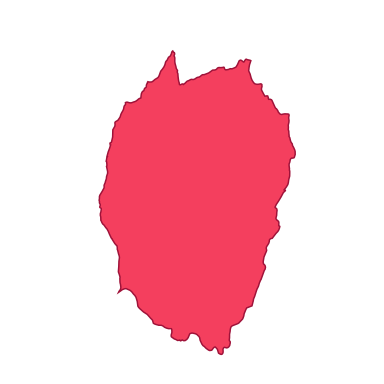 San Antonio Del Tequendama, Cundinamarca, Colombia (Equal Earth projection), rotated 21°
{"feature_id": "7082276B32328696535418", "entity_name": "San Antonio Del Tequendama", "entity_type": "district", "adm_level": 2, "iso_a3": "COL", "parent_name": "Colombia", "parent_adm1": "Cundinamarca", "projection": "equal_earth", "projection_center": [-74.349, 4.601], "detail": "fine", "context": "isolated", "style": "filled", "palette": "rose", "viewbox_px": 384, "rotation_deg": 21, "n_neighbors": 0, "source": "geoboundaries", "source_scale": "gbopen_adm2", "svg_char_len": 5992}
<svg xmlns="http://www.w3.org/2000/svg" viewBox="0 0 384 384"><g transform="rotate(21 192 192)"><path d="M276.4,139.1L275.7,137.3L275.1,136.7L274.6,135.2L273.2,132.6L272.6,131.0L272.6,129.1L272.1,126.4L272.5,125.1L273.1,124.5L273.9,124.3L275.0,123.4L275.1,122.8L274.9,120.0L273.8,117.3L272.9,116.0L270.9,114.0L269.1,112.5L268.4,111.2L266.5,109.9L265.4,108.6L263.8,106.2L262.7,105.4L262.4,104.4L261.5,102.7L260.6,100.6L259.5,99.2L258.8,97.0L257.9,95.1L257.5,92.3L257.0,90.6L255.6,88.0L255.1,85.4L254.4,84.7L253.6,84.8L250.6,85.8L249.0,86.7L248.0,87.5L246.8,87.7L245.9,87.5L243.9,86.4L242.9,85.3L241.1,84.1L239.8,83.7L238.6,82.6L233.9,77.9L233.1,77.4L231.7,77.4L230.4,78.0L229.8,77.5L229.7,77.0L229.4,76.5L228.8,75.9L228.4,75.3L227.6,75.3L226.9,75.8L225.7,76.4L223.9,75.0L220.3,71.8L219.7,70.2L219.6,68.6L218.7,66.6L217.9,66.3L217.0,66.6L215.8,67.4L214.0,68.2L212.2,68.5L210.4,67.9L208.1,66.2L206.3,64.3L204.0,61.1L201.5,58.6L200.6,55.2L200.1,52.5L199.9,48.3L199.1,48.2L196.5,48.6L194.9,48.6L194.4,49.4L194.1,50.7L194.0,51.8L193.4,52.2L192.3,51.8L190.7,51.4L189.8,51.6L189.0,52.7L188.8,56.8L188.3,59.5L187.4,60.6L185.6,62.3L184.9,62.8L183.7,63.1L182.9,63.7L182.2,64.5L180.1,65.7L179.3,65.9L178.5,65.5L178.0,65.1L177.7,64.5L177.2,64.1L176.9,64.1L176.2,64.6L174.5,65.5L172.4,66.2L171.4,67.1L171.0,68.3L170.4,69.3L168.8,70.4L168.1,70.5L167.5,70.9L164.9,74.9L161.3,78.1L160.0,78.6L159.2,79.4L158.1,81.4L157.4,82.2L156.6,82.6L155.5,83.5L154.2,85.4L153.3,86.3L152.1,86.8L150.9,87.1L150.0,88.0L149.0,89.2L147.9,90.1L147.5,90.7L146.5,93.0L145.4,94.7L144.7,94.4L143.7,95.0L142.7,96.1L141.9,96.2L141.4,95.7L141.1,94.9L140.0,93.5L139.2,92.2L137.6,89.2L136.4,86.6L135.5,85.7L135.1,85.0L135.1,84.2L134.8,83.6L133.9,83.0L132.9,82.1L132.2,80.9L130.0,77.9L129.1,76.2L128.0,73.2L127.5,72.3L126.6,71.5L126.4,70.8L126.4,69.6L126.2,69.0L125.6,68.2L124.6,68.1L123.5,67.2L123.3,67.5L123.0,68.4L123.0,69.1L123.2,70.5L123.0,72.6L122.7,73.4L121.8,74.6L121.5,77.9L121.0,79.0L120.8,80.1L120.9,81.1L121.1,82.6L121.0,85.1L120.4,87.7L119.5,90.5L119.6,95.2L119.4,96.8L119.0,97.7L117.1,100.2L115.8,102.6L115.2,103.4L114.6,103.9L112.2,104.8L111.3,104.8L111.1,105.6L111.4,106.7L111.1,107.1L111.1,108.0L111.1,108.6L111.5,109.6L111.6,110.7L111.4,111.2L110.9,111.7L110.6,112.5L110.7,114.7L110.5,115.0L109.9,115.6L109.6,116.6L109.5,118.3L109.8,119.7L110.4,122.0L110.5,122.7L109.3,123.6L108.6,124.7L108.1,125.7L107.2,127.1L106.5,127.9L105.1,129.0L104.0,130.0L103.0,130.7L101.6,131.1L99.4,131.3L98.5,131.7L97.8,132.4L98.1,133.0L98.4,133.5L98.5,134.4L98.1,135.3L97.9,136.2L98.4,139.3L98.3,141.0L97.9,143.5L97.8,145.0L98.0,147.5L97.8,148.8L97.1,151.6L95.8,153.3L95.3,153.9L95.2,155.0L96.0,156.6L96.4,158.3L95.8,162.3L98.2,169.1L98.8,173.2L98.9,174.6L97.9,175.8L99.1,178.0L99.2,177.9L99.4,181.0L99.4,184.6L99.9,189.4L100.3,189.3L100.2,190.8L100.5,191.9L100.7,193.3L100.9,194.1L101.2,194.1L101.9,195.2L102.9,197.3L103.2,198.4L103.0,198.7L105.8,203.0L106.5,204.7L106.7,208.2L107.3,210.4L107.4,213.1L107.6,214.2L107.5,216.7L107.6,217.5L108.2,218.8L108.4,219.6L108.3,220.8L108.1,221.9L108.1,222.6L107.1,228.1L107.2,229.4L107.9,231.3L108.1,232.3L108.3,233.1L109.0,234.0L109.2,234.7L109.7,235.6L110.7,236.4L111.1,237.2L111.2,238.8L111.4,239.3L111.9,239.6L112.6,239.7L113.1,239.9L113.4,240.4L114.0,242.9L114.2,245.1L114.8,246.7L115.8,248.1L117.1,251.2L117.5,251.4L118.9,252.9L120.2,253.9L121.2,254.2L122.3,254.8L124.2,256.1L125.9,257.0L127.8,258.6L130.1,261.0L132.9,263.7L133.7,264.3L134.1,264.3L134.6,264.9L138.3,267.7L139.7,268.5L141.2,269.1L142.1,270.5L142.8,272.3L143.6,273.2L145.6,276.1L147.0,277.8L147.8,279.3L148.6,282.8L150.3,287.7L151.7,292.4L152.0,293.1L153.4,294.7L155.3,297.2L155.7,298.7L157.1,302.0L157.7,303.0L158.3,303.8L159.7,306.4L160.0,307.4L160.0,309.3L159.5,310.7L159.4,312.0L160.9,309.8L161.9,308.2L163.6,306.6L165.1,305.8L169.4,306.0L171.4,306.7L174.2,308.4L175.6,309.0L177.5,310.4L180.1,313.8L182.4,318.0L183.6,318.9L185.3,319.7L189.8,321.4L194.1,322.3L199.2,325.0L200.3,325.4L201.2,326.0L203.0,328.4L204.3,328.6L205.6,328.6L208.8,328.3L211.1,327.4L212.9,327.5L214.9,328.1L216.9,328.2L219.0,328.0L221.7,327.0L222.3,327.5L223.2,329.4L223.6,330.6L223.8,332.9L224.2,334.0L224.7,334.6L228.0,335.5L230.3,335.5L231.6,335.8L233.4,334.9L233.7,334.6L234.2,335.0L234.5,335.1L235.2,334.6L235.6,334.0L235.7,333.8L236.0,333.6L237.4,333.8L238.4,333.4L238.9,333.1L240.0,331.5L240.6,329.4L240.7,325.4L240.9,324.9L242.3,323.8L243.3,323.5L246.0,323.1L247.8,323.3L249.2,324.0L250.0,324.2L251.3,325.2L252.8,327.6L255.8,330.5L257.4,331.5L258.8,331.8L261.2,332.9L263.9,333.6L265.1,333.7L266.1,333.3L267.1,332.6L267.4,331.8L267.9,329.9L268.4,329.0L268.7,328.7L269.2,328.4L269.9,328.6L272.1,329.8L274.5,332.9L275.9,333.2L277.4,333.2L278.2,332.6L278.5,331.8L278.5,330.8L278.4,330.3L277.9,329.0L277.3,327.9L277.3,326.3L277.6,325.7L277.9,325.4L280.3,325.1L281.2,324.4L281.8,323.5L282.2,321.9L281.8,319.4L281.4,318.2L280.2,317.3L279.8,316.7L279.3,314.7L278.0,311.2L277.6,308.8L277.0,306.6L276.7,304.4L277.1,303.2L277.7,302.3L282.0,298.4L282.9,297.1L283.1,296.4L284.7,292.6L284.8,292.0L284.8,289.8L284.7,288.8L284.3,287.0L284.4,282.5L284.6,280.6L288.8,276.8L288.2,271.7L287.8,269.8L287.9,267.1L287.5,260.4L287.5,259.3L287.8,256.2L287.5,252.8L287.6,249.8L287.8,249.0L287.6,239.5L287.7,238.8L287.9,238.1L287.8,237.2L287.6,236.0L287.0,235.0L286.2,234.2L284.6,233.5L283.8,232.4L283.4,231.4L282.5,226.9L282.6,222.5L282.7,221.0L282.6,219.7L281.4,217.8L281.2,216.6L282.0,212.5L281.9,210.5L281.5,209.4L281.5,208.5L281.9,207.8L282.5,207.1L283.5,206.5L285.2,200.7L286.3,198.0L286.6,196.3L286.6,194.7L286.4,192.8L286.1,192.5L285.1,192.4L284.0,189.3L283.3,188.4L281.0,187.6L280.0,186.9L279.7,186.2L279.4,183.5L278.5,180.8L278.0,178.7L277.3,177.5L276.4,177.0L275.4,176.8L275.0,176.4L275.0,175.3L275.2,173.2L276.1,169.2L276.9,164.7L277.5,159.8L278.7,157.3L278.5,156.9L278.2,156.8L277.4,157.2L277.2,157.0L277.3,156.4L277.9,154.9L278.3,153.5L278.8,150.7L278.6,148.8L277.9,145.8L277.5,142.2L276.4,139.1Z" fill="#f43f5e" stroke="#9f1239" stroke-width="1.5"/></g></svg>